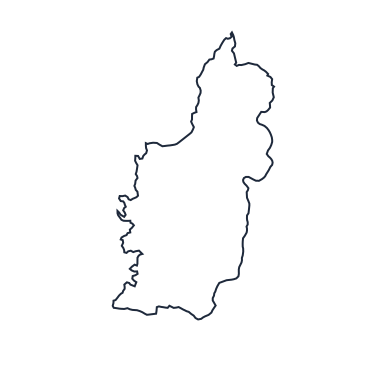 outline of Rio Real, Bahia, Brazil, rotated 237°
{"feature_id": "56859067B99431528151864", "entity_name": "Rio Real", "entity_type": "district", "adm_level": 2, "iso_a3": "BRA", "parent_name": "Brazil", "parent_adm1": "Bahia", "projection": "mercator", "projection_center": [-37.904, -11.54], "detail": "fine", "context": "isolated", "style": "outline", "palette": "slate", "viewbox_px": 384, "rotation_deg": 237, "n_neighbors": 0, "source": "geoboundaries", "source_scale": "gbopen_adm2", "svg_char_len": 4422}
<svg xmlns="http://www.w3.org/2000/svg" viewBox="0 0 384 384"><g transform="rotate(237 192 192)"><path d="M237.7,154.6L235.3,154.6L233.4,153.9L232.3,150.9L229.8,148.8L228.5,147.0L226.6,146.7L224.4,146.0L222.0,146.4L220.1,145.5L218.3,144.7L217.9,142.6L218.2,140.6L218.6,138.5L218.6,136.2L220.4,134.9L222.8,135.2L225.4,134.0L226.4,131.4L228.0,129.2L226.3,127.3L223.2,127.3L221.6,129.2L219.7,129.3L217.7,128.7L215.7,128.4L215.5,126.4L214.1,124.3L211.4,124.4L209.0,123.9L208.1,121.6L210.1,120.6L211.9,119.7L214.4,119.7L216.7,119.2L214.6,117.9L212.6,117.4L209.7,117.6L207.1,117.7L205.2,118.9L203.9,120.7L202.7,122.5L201.5,124.6L199.7,123.7L197.9,124.8L195.7,125.1L194.7,122.1L194.3,119.4L191.7,118.2L192.6,115.6L191.5,113.6L192.1,111.1L192.2,108.1L191.0,106.4L189.3,107.7L186.9,106.6L185.1,103.8L182.5,103.9L180.4,103.5L178.3,102.4L176.6,103.9L177.0,106.2L176.1,108.7L173.6,110.0L173.0,112.5L171.7,115.6L169.4,116.1L167.1,116.6L167.8,114.3L167.6,112.5L166.6,110.5L163.6,108.5L161.5,107.1L160.3,105.7L162.3,104.3L162.1,101.0L161.4,98.0L159.1,98.7L156.7,100.3L155.3,102.7L153.0,101.8L153.0,99.4L153.8,96.5L151.8,94.7L149.2,95.1L146.7,96.2L145.5,94.5L144.1,92.6L146.2,91.1L147.9,89.9L149.8,89.8L151.7,88.2L151.2,84.8L149.0,83.8L147.5,82.8L146.5,80.3L145.3,78.9L145.4,77.0L144.9,74.5L143.8,71.5L143.0,69.0L143.6,67.0L141.6,65.6L139.7,63.5L137.5,63.3L135.7,65.4L133.7,67.6L132.3,69.4L130.8,71.5L129.7,74.6L127.5,76.0L125.6,77.8L124.0,79.9L122.8,81.5L120.5,83.4L118.2,84.9L115.5,86.2L113.6,87.3L112.7,89.0L111.4,91.7L109.5,95.6L111.5,97.4L114.6,99.8L114.1,101.9L112.3,103.7L111.1,105.1L109.5,106.8L108.1,108.5L108.9,111.1L104.8,113.5L103.6,115.9L102.8,118.1L100.3,119.5L98.2,120.6L96.6,121.6L95.0,122.5L93.2,124.0L90.2,124.9L87.4,126.1L84.4,126.3L81.8,127.7L80.6,130.7L80.8,132.8L80.6,135.2L79.9,139.0L80.3,142.6L81.6,144.6L82.8,147.3L83.9,150.0L87.5,150.2L89.7,150.3L91.7,151.6L93.1,154.0L94.9,155.5L95.8,157.3L97.6,159.5L99.2,162.0L100.9,165.4L100.1,168.9L99.2,172.9L98.0,175.3L96.9,177.5L96.1,179.5L95.4,182.1L96.0,185.0L97.8,186.7L99.9,188.0L101.6,189.1L103.3,190.7L104.6,192.9L105.9,195.1L107.5,196.7L109.5,197.9L111.2,200.0L114.1,202.5L116.7,204.1L118.6,204.8L121.0,206.3L123.0,207.7L125.4,209.6L126.5,212.4L128.2,215.7L129.8,217.2L131.6,218.3L133.3,218.9L134.4,221.0L136.4,222.3L138.4,222.9L140.1,223.8L142.4,225.4L143.4,227.8L146.4,230.3L149.5,232.8L151.1,233.8L153.8,234.4L157.2,235.0L160.0,236.6L162.1,237.8L163.1,239.9L164.5,241.4L167.6,241.2L170.4,240.6L172.6,240.6L174.3,241.4L175.4,243.1L175.3,245.4L173.8,247.7L169.2,250.2L166.7,251.7L164.9,254.3L164.7,257.8L164.9,260.2L165.4,262.0L166.5,263.9L167.4,265.9L168.6,268.4L170.4,271.5L171.1,274.0L172.7,275.6L174.5,276.3L176.3,276.4L178.4,276.1L180.4,275.5L183.2,275.4L185.4,278.3L186.6,281.4L188.2,284.0L190.3,286.5L192.0,287.6L194.4,288.7L197.2,289.4L199.7,289.8L202.0,289.9L204.8,289.7L207.9,288.8L210.4,287.2L212.1,285.8L214.2,285.1L216.6,285.4L218.5,286.9L221.5,293.7L219.4,296.5L219.0,298.4L219.3,300.5L220.3,303.5L222.0,304.5L224.3,305.7L225.0,309.2L226.9,312.2L231.4,313.8L235.0,316.3L235.7,318.2L238.2,317.2L240.6,318.6L243.0,320.7L245.8,320.4L248.6,318.6L249.5,320.1L252.6,319.5L254.8,318.7L256.4,317.8L258.7,316.9L261.0,316.6L263.2,315.9L264.7,314.1L269.5,309.6L270.2,306.3L271.6,302.5L273.0,300.6L273.4,298.2L275.6,297.4L276.4,299.5L285.4,302.7L288.7,302.4L290.3,304.1L290.7,307.3L293.1,309.3L296.6,310.4L298.9,311.4L301.0,312.0L304.1,312.4L303.4,310.5L300.6,309.8L300.3,307.5L301.0,305.5L302.5,304.4L302.1,302.0L300.7,298.9L299.1,295.8L297.3,293.0L297.6,289.9L297.2,287.6L295.7,286.0L293.9,284.5L292.2,282.8L292.7,280.6L293.6,278.7L292.5,275.8L292.1,272.4L290.0,269.6L288.4,268.0L287.5,266.3L285.8,263.3L284.7,260.7L285.0,258.7L282.4,256.4L279.4,255.2L276.8,254.9L275.0,255.3L272.3,254.5L270.4,253.1L269.0,251.0L267.7,248.8L265.1,247.6L263.2,245.9L261.8,243.6L261.0,241.7L259.1,240.4L256.6,239.3L257.1,237.2L257.4,234.6L255.1,233.0L252.8,231.5L251.5,229.6L248.8,229.2L245.4,228.9L243.9,226.8L242.3,224.0L242.0,221.7L241.5,216.3L240.8,208.7L240.6,205.6L241.1,203.4L242.0,201.3L243.0,199.1L244.3,196.6L245.2,194.7L246.5,192.1L249.5,190.5L252.2,189.3L254.5,186.2L256.0,182.9L256.4,181.0L258.1,179.9L255.9,178.5L253.8,177.4L251.4,176.9L249.5,174.7L249.3,172.7L248.8,170.8L247.1,168.6L248.2,166.2L251.6,166.4L253.2,164.2L251.3,162.9L249.2,161.3L246.8,161.0L244.1,160.9L241.5,158.6L239.2,156.5L237.7,154.6Z" fill="none" stroke="#1e293b" stroke-width="2"/></g></svg>